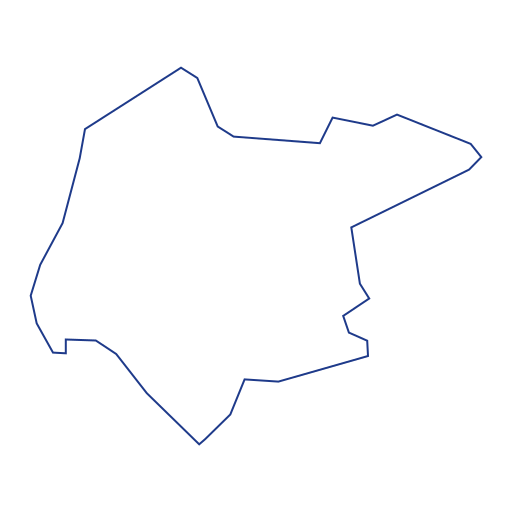 map outline of Clackmannanshire (Mercator projection)
{"feature_id": "GBR-2017", "entity_name": "Clackmannanshire", "entity_type": "Unitary District", "adm_level": 1, "iso_a3": "GBR", "parent_name": "United Kingdom", "parent_adm1": "", "projection": "mercator", "projection_center": [-3.723, 56.144], "detail": "fine", "context": "isolated", "style": "outline", "palette": "blue", "viewbox_px": 512, "rotation_deg": 0, "n_neighbors": 0, "source": "natural_earth", "source_scale": "10m", "svg_char_len": 547}
<svg xmlns="http://www.w3.org/2000/svg" viewBox="0 0 512 512"><path d="M199.2,444.3L146.8,393.2L116.2,354.0L95.8,340.5L65.8,339.5L65.8,353.3L53.0,352.6L36.7,323.4L30.7,295.7L40.2,264.8L62.6,223.1L79.7,158.3L85.0,129.1L181.0,67.7L197.3,78.0L217.7,126.5L233.6,136.6L319.9,143.2L332.6,117.6L372.9,125.7L397.0,114.6L470.7,143.9L481.3,157.1L469.1,169.6L351.3,227.4L359.9,283.7L369.2,298.5L343.2,315.9L348.9,332.6L367.2,340.7L368.0,356.0L278.4,381.6L244.6,379.4L230.3,414.5L205.0,439.3L199.2,444.3Z" fill="none" stroke="#1e3a8a" stroke-width="2"/></svg>